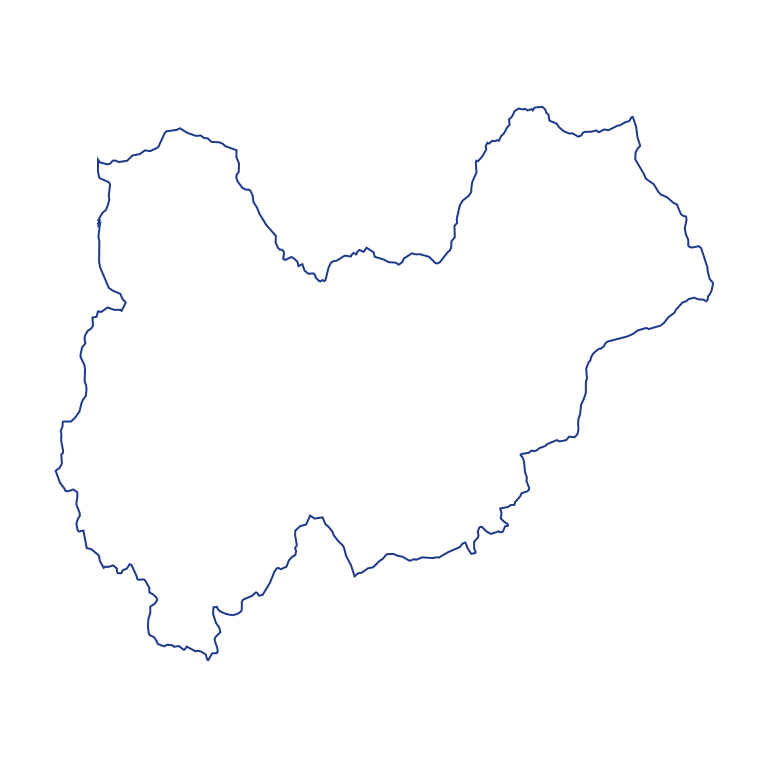 the district of Cajabamba, Cajamarca, Peru, rotated 3°
{"feature_id": "86281439B2923505587581", "entity_name": "Cajabamba", "entity_type": "district", "adm_level": 2, "iso_a3": "PER", "parent_name": "Peru", "parent_adm1": "Cajamarca", "projection": "equal_earth", "projection_center": [-78.074, -7.554], "detail": "fine", "context": "isolated", "style": "outline", "palette": "blue", "viewbox_px": 768, "rotation_deg": 3, "n_neighbors": 0, "source": "geoboundaries", "source_scale": "gbopen_adm2", "svg_char_len": 6076}
<svg xmlns="http://www.w3.org/2000/svg" viewBox="0 0 768 768"><g transform="rotate(3 384 384)"><path d="M618.5,104.3L617.2,104.7L615.2,108.6L611.5,109.8L606.1,113.3L603.7,113.8L594.9,118.8L590.4,118.3L585.5,121.3L582.6,119.7L577.9,121.2L571.3,121.7L569.6,122.6L567.9,125.6L565.0,126.8L559.1,123.8L555.9,124.2L550.2,122.1L545.5,118.5L542.8,114.9L535.5,112.4L534.1,106.4L532.0,104.8L530.6,101.3L527.7,99.0L520.5,99.9L519.4,100.7L518.3,103.0L517.0,101.7L513.1,103.3L510.6,101.9L507.8,102.5L504.1,101.9L500.2,104.6L497.8,110.3L494.9,113.3L495.9,118.5L493.7,121.1L490.8,127.3L487.8,130.6L486.0,135.1L484.3,134.6L482.0,135.7L479.3,135.5L476.3,138.4L474.7,137.7L473.1,140.8L473.8,144.5L470.3,151.6L466.2,156.6L464.5,156.2L464.1,158.4L465.3,168.0L461.6,177.5L460.9,184.4L461.1,187.7L458.8,191.6L452.9,196.8L450.4,201.5L448.0,215.3L448.6,219.4L446.1,222.4L447.0,233.7L443.8,238.1L444.0,243.9L443.0,246.9L440.9,248.8L433.2,259.8L430.1,260.9L428.8,260.3L422.3,254.6L413.1,252.5L409.2,252.9L405.0,252.1L397.4,257.5L395.8,261.4L392.5,264.1L389.3,262.2L382.2,262.1L377.8,259.9L368.0,257.4L366.7,253.0L359.4,248.8L356.8,253.1L352.4,251.5L350.5,253.3L349.5,256.0L346.7,254.7L345.1,256.3L344.3,258.4L338.1,257.9L330.1,263.4L327.6,263.8L324.8,265.5L322.5,270.8L320.2,283.1L319.2,284.4L317.2,283.4L315.2,284.8L313.7,284.5L310.3,281.4L309.3,278.5L307.7,277.2L302.9,277.9L298.8,275.1L296.2,268.6L292.5,270.7L291.0,266.2L286.6,262.8L284.9,262.0L278.8,265.3L276.8,264.3L277.3,258.7L276.8,256.7L274.9,255.2L272.7,255.2L270.7,253.2L268.3,248.1L268.3,241.8L258.1,231.3L250.7,220.5L247.8,214.2L244.1,209.1L242.8,202.2L240.3,197.7L238.3,196.9L235.9,197.2L232.3,195.5L227.1,189.3L225.6,184.9L226.0,182.4L227.8,180.0L227.7,171.5L224.7,165.2L224.5,158.3L212.8,154.7L210.8,152.8L207.1,151.3L198.9,151.2L195.4,148.1L191.1,147.6L188.0,145.4L183.1,146.1L174.4,143.5L166.8,139.3L163.7,141.1L153.6,143.0L151.9,144.8L146.4,158.8L144.9,160.2L138.2,163.7L133.1,163.2L128.0,167.2L120.8,169.0L115.8,174.5L107.3,176.3L104.8,175.0L101.6,175.1L98.8,178.4L96.4,179.1L88.7,177.6L86.7,174.9L87.2,186.5L88.6,192.3L89.4,193.4L98.5,196.8L100.0,199.0L99.3,210.2L100.0,214.4L98.7,220.5L97.0,225.1L94.0,227.6L90.1,235.3L91.5,235.5L90.2,238.4L92.0,237.9L90.8,240.7L91.9,240.1L91.1,252.4L92.2,255.6L93.1,277.0L94.4,282.4L104.1,302.3L107.9,304.8L116.0,307.8L118.2,312.5L121.8,316.3L118.1,324.7L116.8,323.8L111.0,324.1L103.9,322.1L97.9,326.8L94.6,326.5L93.3,331.9L89.4,332.9L90.3,340.9L88.9,343.7L85.2,346.6L83.2,350.6L82.5,353.6L83.6,359.1L80.6,363.3L79.4,370.7L79.6,373.0L83.8,380.6L84.7,385.3L84.9,396.7L86.7,401.5L87.2,405.4L86.8,411.7L84.3,415.2L83.0,418.6L81.3,427.4L77.3,433.8L73.3,437.9L65.7,438.3L65.2,438.9L65.2,443.1L63.6,448.0L64.4,450.6L64.6,457.5L66.9,467.0L67.1,469.6L65.4,471.2L66.5,480.5L64.3,484.9L60.6,487.9L65.6,499.6L70.2,505.0L71.6,507.6L74.7,507.5L79.3,505.6L83.3,508.0L83.7,512.0L83.0,520.1L86.8,528.7L87.2,531.6L85.5,534.3L84.1,539.4L85.7,546.0L87.0,547.3L91.5,546.1L95.7,563.4L100.2,564.2L108.1,570.0L109.6,575.7L113.7,582.3L115.1,581.0L117.8,581.2L123.0,579.3L126.9,582.3L127.2,585.4L128.2,586.9L131.6,586.7L132.9,583.6L136.8,581.9L139.4,577.3L141.3,578.0L146.9,588.6L147.9,591.7L149.1,592.3L154.5,591.7L155.5,592.4L160.1,599.4L160.8,604.6L164.2,606.0L168.1,609.4L168.8,611.6L166.7,615.2L162.2,618.7L162.6,624.4L161.0,631.2L160.9,638.4L162.0,644.6L163.1,647.0L167.1,648.6L168.9,650.4L171.9,655.5L176.3,657.0L178.4,657.4L181.2,655.7L186.4,656.0L188.1,657.4L192.8,656.4L198.0,659.9L198.8,659.6L200.9,656.6L209.5,660.7L212.3,660.1L215.6,660.9L220.1,663.4L222.0,668.6L222.9,669.0L226.6,661.9L230.9,661.6L232.0,660.0L231.3,656.2L228.5,649.5L228.3,647.0L229.2,645.2L233.6,640.5L232.2,635.8L228.7,631.4L225.3,622.4L225.4,616.0L228.9,615.3L229.8,617.5L232.2,619.6L238.1,621.9L244.6,622.8L246.8,622.3L250.6,620.7L253.4,618.3L253.8,615.8L253.4,608.9L254.7,606.6L263.3,602.5L266.8,598.9L268.0,599.0L270.2,601.9L273.8,601.0L280.5,588.6L284.2,577.6L286.4,573.8L287.8,573.2L290.7,574.3L296.2,571.5L298.2,565.3L301.4,561.3L304.4,559.4L305.0,555.4L303.8,552.8L305.4,549.4L303.2,539.9L303.1,535.1L307.8,530.3L313.6,528.4L317.1,519.3L321.7,522.0L329.6,520.4L333.0,527.3L336.0,529.4L340.2,534.1L341.7,537.7L346.7,543.4L350.9,547.0L352.5,549.3L355.2,557.8L360.5,566.6L364.7,577.6L367.8,574.5L371.6,573.6L377.6,568.9L382.8,567.6L388.9,560.8L392.1,558.5L395.2,554.2L396.6,553.7L402.4,553.2L406.8,554.9L411.2,555.4L418.8,559.2L423.7,557.3L425.1,557.9L431.4,555.1L442.3,555.3L444.2,554.5L448.0,554.4L456.6,548.7L468.3,542.9L470.5,539.6L473.0,538.1L473.6,538.1L476.3,544.0L480.1,549.1L484.1,547.9L484.3,546.7L482.7,543.6L482.2,536.9L486.0,532.2L486.3,530.1L485.3,526.6L486.8,522.1L489.1,521.4L494.2,526.0L498.7,528.1L506.2,525.1L508.2,526.1L510.5,525.1L512.3,519.9L515.2,519.0L515.2,518.3L514.8,517.4L511.4,515.5L507.7,512.2L508.0,506.6L506.6,502.2L514.5,500.2L516.6,498.4L520.5,497.8L521.2,495.0L525.7,489.3L527.2,485.8L532.5,483.8L534.2,482.2L534.4,480.2L531.3,473.3L531.6,470.0L529.4,464.5L528.0,454.8L526.5,450.6L524.1,447.7L524.8,446.7L532.3,445.1L534.6,442.8L537.3,443.2L540.1,442.2L542.5,439.9L548.3,437.5L550.3,435.3L559.6,431.0L562.1,432.1L566.1,431.3L569.1,430.3L571.5,427.0L577.2,427.1L579.8,424.0L580.6,419.1L579.9,413.8L580.0,409.1L581.5,403.1L581.9,394.3L584.3,388.6L586.0,382.2L585.5,371.1L586.4,368.1L585.1,358.1L587.1,351.8L588.8,349.8L589.5,346.2L591.0,343.2L593.9,340.0L596.9,337.6L598.8,337.3L601.6,334.8L603.1,331.6L605.3,329.8L624.2,323.9L629.8,321.1L634.7,317.2L643.0,314.3L645.5,315.3L657.2,311.2L660.7,308.0L664.3,302.6L670.3,297.6L671.7,294.5L678.0,286.9L681.4,285.6L683.7,283.3L689.3,281.6L693.6,283.0L698.7,283.1L701.4,284.5L702.8,282.9L703.0,279.5L704.3,278.0L706.3,273.5L707.4,266.0L703.7,262.0L701.4,254.6L700.7,250.2L693.6,231.7L691.1,229.9L684.8,231.6L682.0,231.2L680.6,229.9L680.3,224.1L677.6,218.8L676.2,212.8L677.5,204.3L676.9,200.9L674.2,200.6L671.6,198.8L667.0,189.2L663.8,188.1L656.8,182.6L650.6,180.4L648.1,177.9L642.9,170.4L634.8,165.3L632.6,160.8L623.1,146.4L623.1,139.5L624.8,135.9L627.4,132.8L624.2,124.3L622.3,113.9L618.5,104.3Z" fill="none" stroke="#1e3a8a" stroke-width="2"/></g></svg>